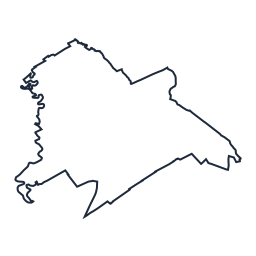 Bucecea, Botosani, Romania
{"feature_id": "2599482B9229930531525", "entity_name": "Bucecea", "entity_type": "district", "adm_level": 2, "iso_a3": "ROU", "parent_name": "Romania", "parent_adm1": "Botosani", "projection": "natural_earth1", "projection_center": [26.438, 47.768], "detail": "fine", "context": "isolated", "style": "outline", "palette": "slate", "viewbox_px": 256, "rotation_deg": 0, "n_neighbors": 0, "source": "geoboundaries", "source_scale": "gbopen_adm2", "svg_char_len": 5426}
<svg xmlns="http://www.w3.org/2000/svg" viewBox="0 0 256 256"><path d="M240.0,161.1L239.6,160.2L239.5,159.4L240.3,159.1L240.6,158.7L240.5,158.0L239.4,157.3L239.0,156.7L238.0,156.0L237.3,155.0L236.3,154.1L236.0,153.2L235.8,152.2L235.8,151.2L235.6,150.2L234.8,149.1L233.6,148.1L233.3,147.3L231.1,144.9L230.3,143.6L229.6,141.1L224.6,137.3L221.2,135.4L220.0,134.0L218.0,132.4L204.7,122.1L204.0,121.7L192.1,112.6L189.8,110.5L189.2,110.8L186.5,109.9L182.8,107.6L179.2,105.0L177.8,104.6L177.4,104.3L176.4,102.1L175.3,101.0L170.2,99.1L170.6,97.5L170.8,95.6L170.7,95.0L169.9,94.3L169.5,92.1L169.6,91.1L170.5,89.1L171.2,88.4L171.9,88.0L173.3,86.9L174.8,86.3L175.4,85.2L175.8,84.1L175.7,80.7L175.7,78.1L175.4,76.2L173.2,72.2L172.7,71.6L171.7,70.8L168.2,69.1L167.6,68.5L167.3,67.6L163.0,70.1L157.4,72.3L152.8,74.2L140.6,79.9L137.0,81.4L132.9,83.3L131.6,83.8L131.1,83.9L130.9,83.8L130.7,83.3L130.8,82.5L130.8,81.7L130.5,81.0L129.3,79.9L128.8,79.0L128.8,78.7L128.2,77.8L127.0,76.9L126.3,75.7L122.9,72.5L121.9,70.2L121.7,69.3L116.8,71.2L114.8,69.3L113.1,68.0L113.0,67.7L112.6,67.1L111.2,65.1L110.7,64.2L109.4,62.8L108.3,61.4L106.5,59.7L105.1,58.8L104.0,57.8L103.7,57.0L103.6,56.4L102.1,53.7L101.4,52.9L101.2,52.6L100.9,52.6L100.5,52.4L99.8,51.1L98.7,51.2L97.8,50.8L96.6,51.2L95.7,50.9L95.2,50.9L94.6,50.6L94.6,50.4L94.7,49.8L94.4,49.6L94.0,49.3L92.2,48.8L92.0,48.6L92.1,48.2L91.5,47.9L91.3,47.9L91.0,48.1L90.5,49.2L89.4,49.9L89.1,49.9L87.5,48.8L86.6,48.3L85.9,47.8L85.8,47.1L84.9,46.8L85.0,46.5L86.0,46.3L86.9,45.7L87.0,45.4L86.8,45.1L86.5,44.8L85.1,44.8L84.3,44.9L83.8,44.3L84.0,44.2L83.5,44.0L82.9,44.4L82.7,43.9L82.2,43.5L82.2,43.8L82.1,44.0L81.5,43.5L81.4,43.7L80.7,43.5L80.1,43.0L79.2,43.2L78.7,42.6L77.9,42.7L77.9,42.4L78.3,41.9L78.1,41.6L77.6,41.3L77.4,40.8L77.0,40.7L76.8,40.4L75.4,40.2L75.2,40.0L75.8,39.6L75.6,39.4L75.3,39.3L75.1,39.6L74.8,39.6L74.8,39.9L74.3,40.4L70.5,42.3L68.1,43.3L68.3,43.9L69.0,44.6L70.2,46.2L65.1,48.8L54.6,55.5L53.9,54.8L53.3,54.6L51.4,55.0L48.6,56.7L48.1,55.9L43.3,59.4L43.4,59.6L45.2,60.9L34.8,66.7L35.5,67.1L32.1,69.5L31.8,70.1L32.8,72.2L34.5,73.4L34.7,73.9L34.6,74.3L33.4,75.5L32.8,77.0L32.3,77.4L31.3,77.7L30.5,77.7L30.3,77.4L30.2,75.6L30.7,74.3L30.8,73.5L30.7,73.4L26.5,77.3L23.6,79.6L26.1,82.9L30.6,80.4L31.3,80.7L31.8,81.4L32.1,81.7L33.5,82.1L34.4,82.0L35.9,81.2L36.5,81.0L36.8,80.9L37.2,81.3L37.6,82.1L37.7,82.6L37.6,83.1L37.4,83.5L36.1,85.0L35.4,85.4L34.3,85.7L33.5,85.6L33.0,85.2L32.6,85.4L32.0,86.1L31.9,86.5L32.0,87.7L32.2,88.4L31.6,89.1L31.0,89.2L30.6,89.1L29.5,87.9L29.2,87.1L29.6,86.0L30.0,85.5L30.5,84.4L30.3,83.8L30.1,83.7L29.6,83.6L29.1,83.7L28.3,85.0L27.3,86.3L25.4,87.5L24.4,87.6L23.8,87.5L23.0,86.6L22.2,86.0L21.9,85.9L21.1,86.4L21.0,86.8L21.1,87.5L21.5,87.9L22.0,88.3L22.8,88.6L24.9,88.9L25.7,88.9L26.7,88.6L27.9,88.6L29.4,89.3L30.2,90.0L31.3,91.5L31.9,92.5L32.8,93.3L35.1,93.9L35.8,94.5L36.0,95.2L35.8,95.4L32.9,96.5L32.6,96.8L32.7,97.3L32.9,97.5L34.3,97.8L36.2,97.8L37.8,97.9L38.3,97.6L38.6,97.2L38.6,95.5L38.8,95.2L39.9,94.8L40.6,94.7L41.1,94.6L41.6,94.8L42.0,95.3L42.9,97.0L42.8,98.2L42.3,99.0L40.7,101.2L39.9,101.7L39.0,102.1L38.3,102.7L38.1,103.1L38.0,103.8L38.3,104.2L38.8,104.4L42.3,103.9L43.0,103.9L43.7,104.3L44.0,104.9L44.1,105.3L44.1,105.9L43.9,106.5L43.3,107.4L42.7,107.9L41.5,108.2L39.9,107.9L39.3,108.0L38.9,108.2L38.7,108.7L38.2,112.0L38.5,114.1L38.4,114.8L38.0,115.4L36.9,116.0L36.9,116.4L38.1,117.8L39.3,119.5L39.7,121.8L39.0,123.9L35.7,123.2L35.1,124.1L38.6,126.1L41.5,129.4L35.4,132.3L35.3,132.6L37.4,135.7L39.4,137.5L39.4,138.2L39.0,139.2L38.2,139.4L35.4,140.7L35.6,142.1L36.2,142.8L39.2,144.4L40.1,145.6L41.9,147.7L42.3,148.5L42.3,149.3L42.0,150.0L41.2,150.8L40.0,151.5L39.3,152.2L38.3,153.6L38.3,154.4L38.9,155.5L40.8,156.8L41.8,157.8L41.8,158.5L41.1,159.8L37.4,161.9L34.7,163.1L33.3,163.4L31.0,162.8L29.9,162.7L29.0,163.2L28.5,164.5L28.1,165.9L27.5,166.8L23.9,170.1L20.7,173.6L18.9,175.3L16.1,177.2L15.4,179.4L15.7,180.3L17.5,181.3L20.0,181.7L21.7,181.7L23.3,181.9L24.0,182.3L24.3,183.1L24.0,183.8L23.2,184.2L18.9,185.8L18.1,186.6L17.7,187.4L17.6,188.3L17.7,190.0L18.2,191.3L18.4,191.7L22.8,195.4L23.2,196.3L23.6,198.1L24.5,199.5L26.1,201.1L27.1,201.9L27.9,202.3L29.4,202.6L31.4,202.6L32.6,202.0L33.2,201.4L32.8,201.2L32.4,200.9L31.6,201.0L31.0,200.8L29.7,199.1L29.2,198.3L28.0,197.1L27.1,195.9L26.9,194.6L27.5,193.4L27.8,192.7L29.9,190.8L30.5,190.0L30.4,189.5L30.1,189.3L28.8,188.7L28.3,188.3L27.4,188.0L27.1,187.7L26.8,187.3L26.8,186.8L26.4,185.7L26.4,185.4L26.7,185.0L27.3,184.8L28.6,184.5L29.5,185.2L30.1,185.5L32.7,185.9L33.3,185.9L35.3,184.9L35.8,184.6L36.0,183.4L35.6,182.3L36.6,181.6L38.1,184.8L39.5,184.1L41.4,184.0L42.0,183.7L42.8,183.1L43.5,182.4L47.5,180.5L65.3,170.4L68.3,174.5L67.9,174.7L69.9,177.4L77.1,186.7L88.0,181.8L89.4,181.4L91.5,181.2L92.5,180.8L97.2,181.6L96.9,188.1L96.0,192.2L95.2,194.5L94.0,197.0L89.9,205.3L84.7,216.7L87.0,215.3L90.7,212.6L93.1,211.3L97.6,208.4L107.5,201.4L110.1,203.6L110.7,203.1L111.0,203.4L113.1,201.5L113.0,201.3L129.5,189.8L129.3,189.4L129.6,189.2L129.3,188.9L138.0,183.3L141.9,181.0L141.7,180.9L142.5,180.4L142.4,180.3L155.7,171.8L155.4,171.5L169.0,164.3L173.5,161.5L173.4,161.3L175.2,160.2L175.9,159.5L176.5,159.0L177.3,159.1L178.0,158.5L180.2,159.6L191.7,153.8L201.1,163.9L203.6,161.7L204.1,161.0L205.2,160.1L206.0,159.2L208.5,163.1L211.0,163.8L226.5,169.5L228.0,169.8L228.7,165.5L228.4,159.4L228.9,156.0L233.9,157.5L236.2,162.1L239.9,161.3L240.0,161.1Z" fill="none" stroke="#1e293b" stroke-width="2"/></svg>